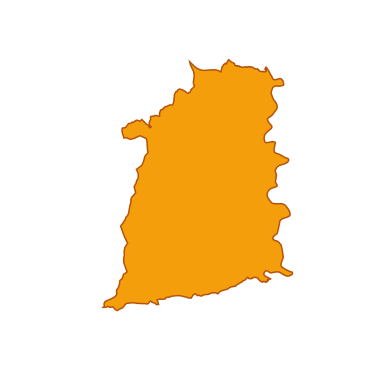 Mohale's Hoek, Mohale's Hoek, Lesotho (Natural Earth projection), rotated 154°
{"feature_id": "5366337B50833634565448", "entity_name": "Mohale's Hoek", "entity_type": "district", "adm_level": 2, "iso_a3": "LSO", "parent_name": "Lesotho", "parent_adm1": "Mohale's Hoek", "projection": "natural_earth1", "projection_center": [27.441, -30.145], "detail": "fine", "context": "isolated", "style": "filled", "palette": "amber", "viewbox_px": 384, "rotation_deg": 154, "n_neighbors": 0, "source": "geoboundaries", "source_scale": "gbopen_adm2", "svg_char_len": 5945}
<svg xmlns="http://www.w3.org/2000/svg" viewBox="0 0 384 384"><g transform="rotate(154 192 192)"><path d="M226.5,280.0L227.4,279.0L228.1,277.6L228.6,276.2L229.5,270.3L227.4,269.7L224.5,266.5L222.0,265.8L219.3,265.5L214.0,265.4L209.5,259.8L210.9,255.7L213.6,249.3L214.3,246.7L217.2,245.5L218.7,244.7L222.3,240.6L224.6,238.6L225.9,237.8L232.0,236.7L232.3,231.8L234.3,228.1L236.6,226.5L238.8,224.1L241.7,222.2L242.1,219.7L243.1,215.9L248.5,213.7L250.0,212.3L251.9,208.9L253.8,207.0L258.1,201.0L260.1,199.1L262.6,198.2L263.6,196.9L267.8,194.3L270.2,193.2L271.2,192.3L272.3,181.2L272.3,174.2L276.6,171.6L279.1,168.3L280.7,164.4L282.4,162.4L283.0,161.2L284.3,158.3L285.4,148.7L287.5,148.2L289.9,148.0L291.0,146.2L293.1,144.7L295.7,144.0L297.5,141.0L300.4,138.2L303.0,136.7L304.6,132.9L306.6,131.8L309.2,131.4L318.0,131.7L320.1,130.1L320.9,127.7L322.4,127.3L320.1,126.1L317.7,126.1L316.6,124.5L313.2,123.2L312.9,120.9L311.9,119.1L311.0,118.1L308.5,118.5L305.3,118.3L300.3,120.5L299.1,120.4L295.7,119.2L293.1,118.0L291.5,117.0L290.6,116.2L287.7,114.7L286.1,113.7L283.3,112.4L281.8,111.2L280.5,110.9L279.4,111.2L277.9,112.1L276.7,111.8L276.3,110.5L275.2,109.3L274.0,108.4L273.6,106.9L272.8,106.1L271.3,105.6L270.8,108.4L270.8,110.4L268.8,110.1L263.2,107.6L262.0,108.4L260.4,108.2L258.6,107.5L255.4,107.1L250.2,105.1L248.6,104.3L246.2,102.5L244.6,101.0L243.6,100.5L241.6,98.3L239.3,97.0L236.0,99.0L233.9,99.2L233.5,98.9L232.5,96.5L232.3,96.4L231.2,96.3L231.1,96.0L229.4,94.4L226.4,94.4L222.3,92.9L218.0,92.6L217.4,92.3L216.6,91.6L215.2,91.3L214.6,90.9L213.9,89.5L213.4,89.3L212.6,89.4L210.6,90.3L208.2,90.2L203.1,89.2L198.5,89.7L197.4,89.1L195.5,88.9L194.3,88.2L192.3,89.0L190.0,89.0L189.0,89.3L186.6,89.2L185.1,89.9L183.9,89.6L182.8,89.7L180.0,90.6L179.6,91.0L179.1,90.5L178.6,89.0L176.2,87.9L174.5,88.3L174.4,88.0L172.9,87.8L171.0,86.3L170.5,85.4L170.7,85.1L170.5,84.1L169.3,81.2L168.4,80.7L168.1,80.0L167.3,80.3L166.3,79.8L165.7,78.9L165.3,78.8L164.8,79.1L164.7,78.6L164.2,78.3L162.5,79.0L162.7,79.8L162.5,80.0L162.3,79.7L161.4,79.7L160.4,79.4L159.5,79.5L163.2,84.5L163.6,86.0L163.2,87.2L162.4,87.9L161.4,88.4L160.2,88.8L159.3,88.3L158.6,87.6L157.3,85.3L156.5,84.7L151.4,83.3L149.1,82.2L147.4,79.9L145.8,77.4L144.0,75.2L142.5,74.3L140.9,73.9L138.3,74.0L137.4,74.7L137.0,75.8L137.4,76.3L139.4,78.2L141.7,81.2L143.8,84.6L144.2,85.7L144.2,86.7L143.8,88.0L142.9,89.1L138.6,93.3L136.2,100.7L135.2,105.3L135.9,108.5L137.0,110.5L139.0,112.4L139.7,113.6L139.8,114.9L138.9,115.9L136.8,116.8L134.7,117.1L133.7,117.4L132.9,118.2L129.2,122.7L125.8,127.3L124.3,128.1L122.9,128.3L116.0,127.6L115.1,127.7L114.1,128.2L113.5,129.1L112.9,131.6L113.1,135.2L113.8,138.6L114.6,140.3L115.7,141.5L117.2,142.5L121.9,144.7L123.9,145.9L124.7,146.7L125.3,147.8L126.0,150.9L126.2,153.1L126.2,155.1L125.8,156.6L125.0,157.7L123.6,159.1L121.5,160.1L120.1,160.4L118.2,160.4L114.6,159.9L113.0,160.0L112.5,161.1L112.7,163.0L112.6,164.5L108.7,170.2L108.1,173.7L107.8,174.8L107.1,175.5L105.2,176.7L104.1,177.2L101.7,177.6L97.4,176.9L95.4,176.7L93.6,176.8L91.7,177.6L91.1,178.4L90.9,179.1L91.0,179.7L91.4,180.3L92.5,181.5L93.0,181.8L97.0,187.6L99.8,190.4L100.4,191.5L100.1,193.3L99.6,194.3L95.4,199.9L95.9,200.8L97.3,201.8L98.7,202.3L101.5,203.0L103.4,203.7L104.2,204.2L104.5,205.1L104.5,205.8L103.8,208.4L102.4,210.7L101.0,211.8L97.8,213.2L92.9,214.3L91.7,215.3L91.4,216.6L92.5,220.7L92.6,222.2L92.6,223.6L92.1,224.6L91.0,225.1L86.9,225.7L85.3,226.4L79.6,229.3L78.6,230.4L77.9,231.7L77.4,233.7L77.4,235.4L78.3,239.8L77.7,245.3L77.5,246.3L77.1,247.0L73.9,250.3L72.6,250.8L70.7,250.7L69.8,250.4L68.0,249.3L66.4,248.6L64.1,248.0L63.0,248.0L62.4,248.4L61.9,250.0L61.6,252.2L61.9,253.9L62.4,254.7L63.1,255.2L64.6,255.7L67.7,256.3L68.9,256.9L69.6,257.7L69.8,258.6L69.6,261.2L69.9,263.1L70.0,267.4L70.4,269.6L70.4,271.4L71.2,271.7L71.6,271.1L72.0,270.9L71.8,270.2L71.5,270.0L71.6,269.9L72.3,270.3L72.6,270.2L72.5,269.5L71.8,269.0L72.1,268.8L72.4,268.7L72.4,268.1L72.6,267.9L73.2,267.9L74.6,268.4L75.2,269.2L76.3,269.3L76.4,269.7L78.0,270.7L78.5,271.7L78.8,271.9L78.7,272.9L79.3,273.7L79.2,274.0L80.6,274.4L81.3,275.2L81.9,275.5L82.2,276.6L82.7,277.5L83.4,277.9L84.0,278.6L84.7,278.7L85.0,278.9L85.0,279.1L85.2,279.3L85.7,279.4L85.7,279.6L87.4,280.2L87.7,280.1L87.7,280.3L88.4,280.6L88.8,280.6L88.9,280.9L89.6,281.3L91.5,281.8L91.9,281.7L93.5,283.4L94.2,283.6L94.4,283.9L94.4,284.6L95.5,285.0L95.6,285.4L96.1,285.7L96.4,285.5L98.0,287.3L97.6,288.4L97.6,288.9L98.2,289.6L98.3,290.2L99.5,291.3L100.9,294.7L101.3,294.8L103.4,293.4L103.7,293.0L105.1,292.2L105.3,292.9L105.6,293.1L106.4,292.7L107.7,292.7L107.9,292.6L107.9,292.3L109.1,291.6L110.2,291.3L110.6,290.6L112.5,288.5L113.1,287.4L113.5,287.2L114.7,289.0L115.9,290.3L117.0,291.3L121.8,293.6L126.1,295.2L127.9,296.1L129.3,296.8L130.8,298.0L132.4,299.8L133.8,301.7L134.8,304.0L137.0,310.1L137.7,306.8L137.8,300.3L137.9,299.0L138.3,298.1L138.2,297.3L139.2,295.3L142.6,290.2L143.0,289.4L143.3,287.8L143.3,286.1L143.7,285.7L147.5,284.6L148.4,284.1L149.6,282.8L150.5,282.4L151.2,282.8L152.2,282.4L153.0,282.9L153.7,284.9L154.3,285.9L156.1,288.3L157.7,289.7L158.5,290.1L160.4,289.8L161.5,288.7L161.9,289.1L162.4,289.2L164.1,288.1L164.9,287.3L165.7,286.4L166.1,285.4L167.4,283.7L167.6,283.2L167.6,282.7L167.8,282.4L168.9,281.3L169.4,280.5L170.7,279.3L171.5,278.8L173.8,280.0L177.6,280.0L178.2,280.3L178.8,280.2L179.4,280.4L180.4,279.9L181.0,279.3L182.0,279.6L183.3,279.0L184.2,279.4L184.4,278.8L185.3,278.6L185.7,277.9L186.3,277.6L187.2,276.2L187.4,274.9L188.1,274.3L191.5,277.0L192.5,276.9L193.0,277.1L193.7,277.1L194.5,277.6L195.9,277.9L196.5,277.5L197.0,276.1L197.8,275.0L200.1,273.2L200.3,271.9L200.8,270.8L200.8,270.3L200.7,269.6L200.0,268.5L200.6,268.3L200.9,268.5L201.3,268.2L201.7,268.3L202.1,268.7L202.1,269.3L201.6,270.5L201.7,271.1L203.2,272.9L205.3,279.2L207.5,278.4L210.4,280.9L211.3,280.9L214.0,280.3L215.3,281.1L216.7,280.5L219.0,281.3L223.1,279.2L225.0,279.4L226.5,280.0Z" fill="#f59e0b" stroke="#b45309" stroke-width="1.5"/></g></svg>